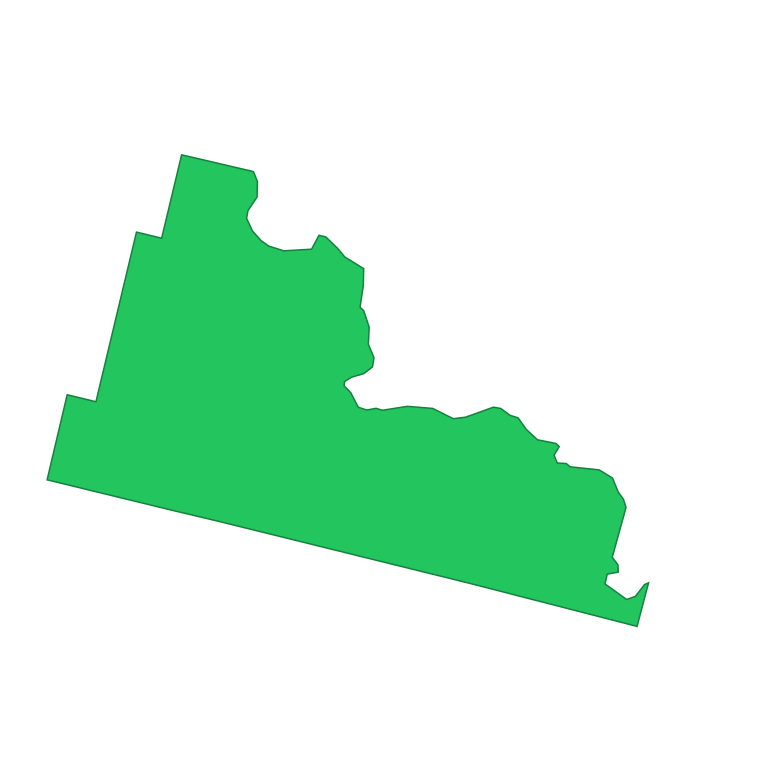 McLean, North Dakota, United States of America (orthographic projection), rotated 194°
{"feature_id": "52423323B32428642019843", "entity_name": "McLean", "entity_type": "district", "adm_level": 2, "iso_a3": "USA", "parent_name": "United States of America", "parent_adm1": "North Dakota", "projection": "orthographic", "projection_center": [-101.559, 47.503], "detail": "fine", "context": "isolated", "style": "filled", "palette": "green", "viewbox_px": 768, "rotation_deg": 194, "n_neighbors": 0, "source": "geoboundaries", "source_scale": "gbopen_adm2", "svg_char_len": 1030}
<svg xmlns="http://www.w3.org/2000/svg" viewBox="0 0 768 768"><g transform="rotate(194 384 384)"><path d="M687.7,209.5L557.3,210.2L513.9,210.7L253.2,211.3L79.8,210.0L79.2,255.1L82.7,252.4L88.7,238.8L96.4,233.6L121.2,243.5L121.4,253.5L111.2,258.1L113.2,265.1L120.6,271.1L119.3,322.8L123.8,330.1L130.7,336.0L139.5,348.0L154.4,352.7L183.3,348.7L188.0,350.9L196.7,349.3L201.8,356.0L198.8,365.7L202.8,367.9L221.7,367.0L235.0,374.4L245.7,383.6L254.1,384.1L264.8,388.5L272.2,388.0L296.7,371.6L308.4,367.1L330.8,372.1L355.9,368.0L379.3,358.1L385.8,358.5L394.4,354.6L403.3,355.2L414.0,367.4L422.3,372.6L422.8,376.9L417.3,382.6L406.1,389.2L399.3,397.8L400.1,407.1L408.8,418.8L412.1,435.5L421.4,450.2L425.8,452.7L427.9,474.5L431.6,491.0L452.8,497.8L462.0,504.5L476.2,512.7L483.1,512.5L486.9,497.3L513.3,489.0L529.0,489.9L537.8,493.3L548.7,500.7L557.4,511.5L557.9,519.4L552.4,534.6L555.8,549.9L562.1,558.5L635.8,557.4L635.0,471.7L660.9,471.5L659.2,297.1L688.8,296.9L687.7,209.5Z" fill="#22c55e" stroke="#15803d" stroke-width="1.5"/></g></svg>